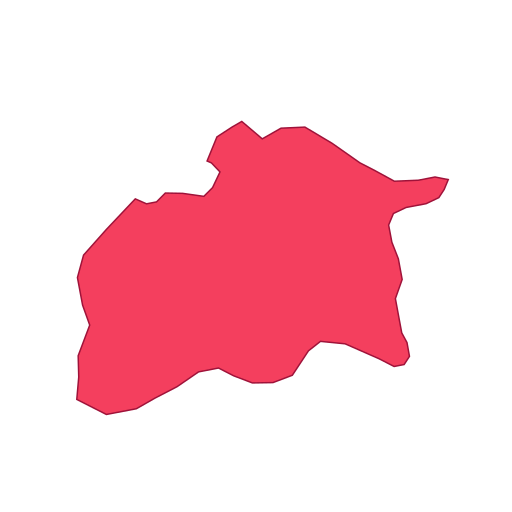 outline of Pongsan, Hwanghae-bukto, North Korea, rotated 169°
{"feature_id": "82179303B35443402904983", "entity_name": "Pongsan", "entity_type": "district", "adm_level": 2, "iso_a3": "PRK", "parent_name": "North Korea", "parent_adm1": "Hwanghae-bukto", "projection": "natural_earth1", "projection_center": [125.882, 38.516], "detail": "fine", "context": "isolated", "style": "filled", "palette": "rose", "viewbox_px": 512, "rotation_deg": 169, "n_neighbors": 0, "source": "geoboundaries", "source_scale": "gbopen_adm2", "svg_char_len": 932}
<svg xmlns="http://www.w3.org/2000/svg" viewBox="0 0 512 512"><g transform="rotate(169 256 256)"><path d="M124.5,128.2L124.3,142.2L127.6,152.7L127.5,166.7L127.3,187.6L117.0,205.1L116.8,226.1L120.0,243.6L119.9,261.1L113.0,271.5L99.4,275.0L79.0,274.9L65.4,278.4L58.6,285.4L52.7,294.3L65.2,299.4L82.2,299.4L105.9,303.0L122.8,317.0L136.2,327.6L159.8,352.1L183.4,373.2L207.1,376.7L227.5,369.8L244.3,390.8L254.5,387.3L271.6,380.4L285.9,358.6L282.0,355.9L275.3,345.4L285.6,331.4L295.8,324.5L316.1,331.5L333.0,335.1L343.3,328.1L353.5,328.1L363.6,335.1L397.7,310.7L425.1,289.8L435.4,268.9L435.6,240.9L432.4,219.9L449.6,192.0L453.1,171.0L459.3,149.4L433.1,129.0L402.6,128.9L382.2,135.8L358.4,142.8L334.5,153.2L314.2,153.2L300.7,142.6L283.8,132.1L263.5,128.5L243.1,132.0L222.6,152.9L209.0,159.9L185.3,152.8L165.1,138.8L155.0,131.8L141.5,121.2L133.6,121.2L131.3,121.2L124.5,128.2Z" fill="#f43f5e" stroke="#9f1239" stroke-width="1.5"/></g></svg>